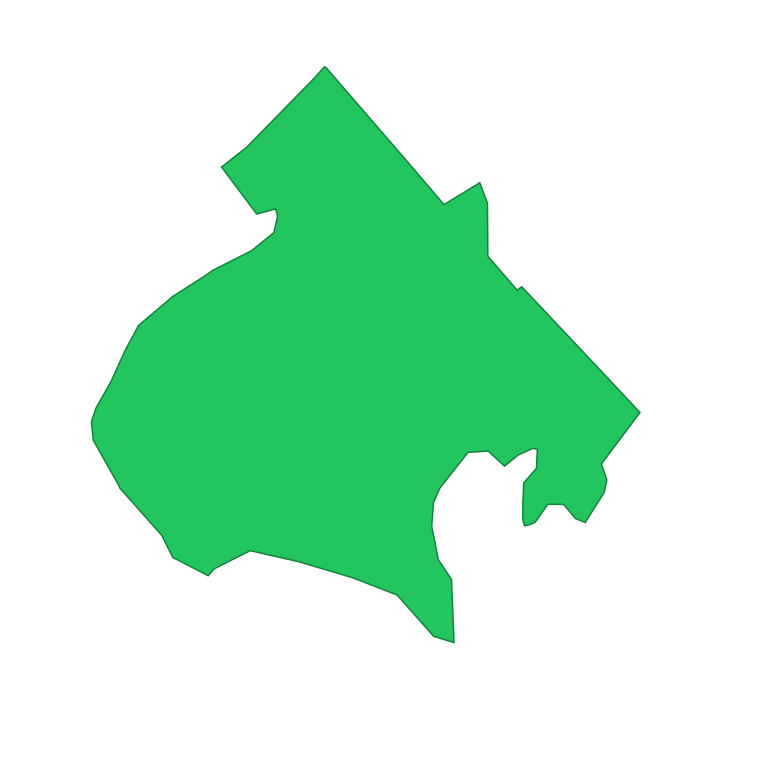 the district of Bronx, New York, United States of America, rotated 28°
{"feature_id": "52423323B44038614744637", "entity_name": "Bronx", "entity_type": "district", "adm_level": 2, "iso_a3": "USA", "parent_name": "United States of America", "parent_adm1": "New York", "projection": "mercator", "projection_center": [-73.846, 40.852], "detail": "fine", "context": "isolated", "style": "filled", "palette": "green", "viewbox_px": 768, "rotation_deg": 28, "n_neighbors": 0, "source": "geoboundaries", "source_scale": "gbopen_adm2", "svg_char_len": 986}
<svg xmlns="http://www.w3.org/2000/svg" viewBox="0 0 768 768"><g transform="rotate(28 384 384)"><path d="M567.2,579.4L535.4,524.9L514.5,513.6L493.0,487.3L483.3,465.3L482.2,449.7L490.3,404.9L507.5,394.3L529.0,399.9L535.7,383.9L545.8,370.8L550.2,369.9L558.2,387.0L553.8,405.6L562.0,423.0L570.2,438.6L574.7,443.2L578.4,440.1L582.4,435.2L585.1,413.3L599.1,406.0L616.1,412.9L626.7,411.8L629.3,376.0L625.8,364.1L613.5,352.5L623.4,289.0L575.2,272.5L459.9,233.5L457.5,238.6L448.3,235.1L415.7,222.4L390.4,175.7L374.1,161.3L352.7,197.4L299.7,176.5L183.9,131.7L182.4,132.1L178.7,147.3L178.6,147.5L151.5,239.7L138.7,268.7L191.8,293.7L206.0,280.3L211.1,285.5L215.7,301.9L204.4,328.6L179.8,363.5L174.2,374.2L156.5,405.6L139.8,447.5L139.7,476.5L141.8,509.9L141.0,540.6L143.4,554.7L153.8,570.2L196.4,597.4L199.8,600.0L258.9,622.0L278.9,636.3L318.8,635.8L320.7,627.1L344.1,594.0L391.6,581.1L447.2,569.8L494.7,564.2L546.4,583.5L567.2,579.4Z" fill="#22c55e" stroke="#15803d" stroke-width="1.5"/></g></svg>